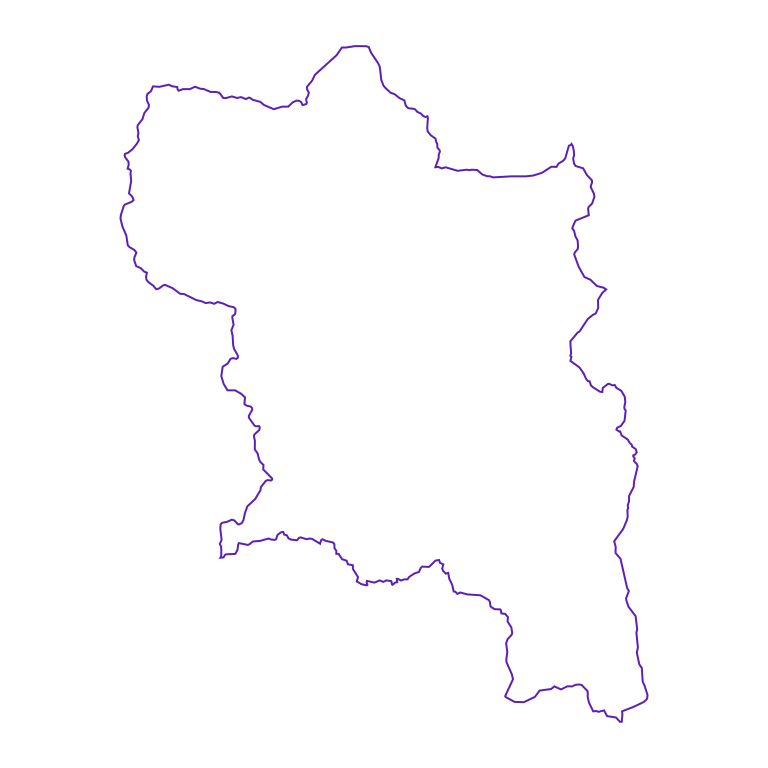 outline of Quilanga, Loja, Ecuador
{"feature_id": "8360857B88871237564279", "entity_name": "Quilanga", "entity_type": "district", "adm_level": 2, "iso_a3": "ECU", "parent_name": "Ecuador", "parent_adm1": "Loja", "projection": "albers", "projection_center": [-79.384, -4.352], "detail": "fine", "context": "isolated", "style": "outline", "palette": "violet", "viewbox_px": 768, "rotation_deg": 0, "n_neighbors": 0, "source": "geoboundaries", "source_scale": "gbopen_adm2", "svg_char_len": 6078}
<svg xmlns="http://www.w3.org/2000/svg" viewBox="0 0 768 768"><path d="M220.4,557.7L223.5,557.4L225.2,554.7L226.2,554.3L235.3,553.9L237.5,549.8L238.2,544.5L238.9,543.1L247.7,544.9L249.1,544.5L252.9,541.5L260.1,540.9L268.7,538.5L270.6,539.4L274.6,539.9L276.1,539.2L277.5,534.9L280.7,532.5L282.6,531.9L283.3,532.0L284.2,534.6L286.9,535.3L288.5,538.4L291.1,539.6L297.0,540.3L299.1,537.8L300.6,537.4L306.6,539.2L309.6,538.5L312.1,538.9L320.1,543.7L321.0,540.4L322.4,539.2L325.6,540.8L333.0,542.5L334.3,543.9L334.5,548.1L336.3,550.8L336.3,553.8L338.6,553.9L342.1,559.2L346.6,560.7L348.0,564.3L352.9,565.3L352.9,568.9L358.0,577.0L356.8,581.4L361.3,584.1L366.7,585.4L367.4,584.9L366.6,582.6L366.9,580.9L374.4,582.6L379.8,580.4L383.2,581.9L386.4,580.4L391.3,581.1L392.0,584.5L392.7,584.8L394.8,582.7L397.2,582.2L396.8,578.9L397.8,578.8L401.0,580.5L404.1,579.4L407.6,579.3L408.9,577.2L411.2,575.5L414.8,573.3L418.9,572.0L420.7,568.0L422.3,566.6L429.0,566.9L435.5,560.6L439.1,560.0L440.0,562.8L443.3,564.4L442.2,568.6L443.0,570.8L445.8,573.6L448.2,572.9L449.3,578.9L452.2,584.8L453.7,591.5L455.3,591.7L457.3,593.9L460.2,592.5L467.3,594.4L480.4,595.3L488.9,600.1L490.0,602.2L490.4,606.0L491.5,607.2L494.7,609.2L500.2,609.4L500.9,610.3L501.4,613.4L505.2,613.9L508.0,617.2L507.5,621.5L511.3,627.3L512.2,632.8L511.6,634.9L507.7,639.0L506.1,643.2L507.3,652.0L506.3,659.5L506.5,662.2L511.8,674.2L513.0,679.2L505.2,696.1L505.6,697.0L514.6,701.9L523.8,702.2L534.9,696.9L539.6,690.6L551.2,689.0L554.3,686.4L561.0,689.4L567.4,686.3L572.4,686.4L575.3,684.8L579.5,684.5L581.7,685.0L587.7,691.3L587.7,697.1L589.0,702.7L593.2,711.3L596.4,711.1L598.6,711.8L604.0,710.4L607.1,716.1L616.0,717.5L620.1,721.9L621.8,721.7L622.4,714.2L622.1,711.3L633.2,707.0L643.8,702.0L646.5,699.5L647.2,698.3L647.5,694.9L644.5,685.5L642.7,681.7L641.8,668.0L639.3,664.3L636.8,652.5L637.9,647.7L636.4,632.7L637.2,629.2L635.6,616.1L628.6,606.9L626.4,600.6L626.1,598.3L628.9,591.0L627.2,588.2L620.5,558.8L615.5,552.9L615.7,546.9L614.2,541.2L623.1,529.1L627.0,519.9L627.7,516.3L627.4,510.2L628.2,507.8L627.7,505.5L629.0,501.4L629.1,495.9L633.7,486.9L634.1,481.4L637.7,466.2L636.7,464.0L633.9,461.0L634.7,458.4L633.2,456.2L633.3,455.3L635.2,454.5L636.7,452.4L635.7,449.1L632.1,446.6L631.7,444.7L629.7,442.9L627.9,439.7L621.6,435.4L620.1,431.4L619.1,431.5L616.4,429.6L617.2,427.7L620.9,425.9L624.5,420.8L625.7,410.6L624.5,408.7L624.3,407.0L625.3,401.9L624.7,396.6L621.3,390.8L616.4,387.9L614.8,385.1L612.3,385.3L609.1,383.8L607.9,384.0L602.8,387.9L602.3,392.0L600.0,391.7L592.6,387.0L590.9,385.3L589.6,381.3L588.0,381.2L586.2,379.1L583.6,373.4L579.4,367.4L570.4,360.9L571.4,356.9L570.4,355.9L571.1,353.4L570.3,341.4L577.6,332.6L579.6,331.4L587.6,319.2L592.8,314.9L595.7,313.5L598.2,308.0L598.0,299.9L602.2,293.0L606.2,289.4L603.6,287.7L596.9,286.0L590.4,279.7L584.5,277.1L578.8,267.0L574.2,254.5L574.7,252.6L577.8,248.9L578.0,245.7L577.6,240.4L575.4,236.4L574.1,230.9L572.3,228.4L573.0,226.1L575.5,220.6L588.8,215.2L588.1,208.8L588.5,207.2L592.1,203.5L594.4,197.0L593.9,193.6L590.8,187.3L590.8,185.7L592.1,182.5L591.9,180.3L587.1,175.3L583.1,168.3L575.6,166.0L574.0,163.6L573.2,158.5L574.1,155.1L573.9,151.4L572.9,146.3L571.5,144.0L570.9,145.0L568.9,145.7L565.2,158.4L563.1,160.8L558.5,163.6L556.5,166.9L551.4,166.7L541.8,172.9L532.9,175.6L526.3,176.3L511.9,176.3L493.2,177.4L490.1,176.3L487.1,176.2L482.2,174.4L477.2,170.0L471.5,169.7L469.8,170.2L466.8,169.7L457.6,170.8L445.6,167.3L441.7,168.4L438.2,166.9L435.4,167.2L438.6,158.3L438.8,154.4L439.9,151.6L439.6,150.2L437.4,147.7L437.3,143.9L436.2,141.9L435.5,138.6L430.8,135.3L427.7,131.5L427.2,128.0L427.9,118.1L427.4,116.3L425.5,117.0L423.5,116.2L420.8,113.5L417.2,111.8L415.3,109.5L413.7,108.8L408.2,108.2L405.8,105.7L404.4,100.4L399.5,98.1L394.5,94.1L390.4,92.6L385.0,87.5L383.4,85.5L381.3,80.0L379.8,66.8L378.1,63.2L371.0,52.6L368.7,47.0L366.0,46.2L355.0,46.1L346.2,47.5L341.9,47.5L336.7,55.1L314.9,74.8L312.2,80.5L306.8,87.1L307.2,89.6L308.8,92.6L308.1,95.6L306.1,99.0L306.8,103.0L306.2,104.1L302.6,105.1L301.1,102.0L299.2,100.9L296.6,100.6L292.8,102.3L288.2,106.6L282.0,106.7L273.8,109.2L264.0,105.0L260.4,101.9L252.7,99.8L250.1,97.9L248.8,97.6L245.9,99.1L241.0,97.1L237.0,98.0L232.0,96.4L225.8,98.1L223.3,98.0L219.4,92.8L216.1,92.0L210.5,91.9L203.7,89.0L200.1,88.7L195.1,86.7L189.9,89.1L183.1,89.1L178.7,90.7L177.6,89.3L177.2,87.0L172.2,86.3L168.9,84.7L159.4,86.8L153.0,86.4L151.0,91.1L147.4,94.0L146.7,96.4L147.0,100.6L148.9,104.8L148.7,107.5L144.3,113.1L142.5,119.0L137.7,125.3L137.4,127.3L138.4,132.7L137.8,136.3L138.9,140.1L136.9,143.7L132.3,149.4L128.3,152.6L124.9,154.0L124.6,155.1L125.2,157.4L128.5,161.7L128.7,164.8L127.6,168.7L129.5,169.3L130.9,170.8L130.5,173.5L131.2,180.8L129.0,193.4L132.2,196.6L133.6,200.0L131.8,201.7L124.9,204.6L123.8,205.9L120.9,214.9L120.5,218.6L122.4,226.5L126.3,235.5L127.8,245.3L129.5,247.1L134.4,250.0L136.4,252.7L134.5,257.1L134.1,259.8L136.2,266.1L140.7,268.1L144.3,271.7L146.9,272.7L146.1,276.7L146.4,279.6L148.6,282.3L153.3,285.7L156.2,289.2L159.0,288.5L163.3,285.3L165.1,284.9L172.5,288.1L180.2,293.8L184.0,294.0L196.1,300.0L201.9,301.4L205.7,303.1L209.9,302.4L214.2,303.8L217.6,302.0L223.3,303.6L228.6,306.1L233.8,307.2L235.0,308.4L235.6,309.4L235.3,313.1L234.8,314.5L232.5,316.0L232.3,317.8L233.6,324.7L231.4,330.2L232.6,335.7L233.2,345.4L234.1,348.9L237.8,355.5L237.9,357.7L236.4,358.9L233.1,358.1L230.5,358.8L227.8,363.5L222.7,366.7L221.3,376.1L223.7,384.0L227.5,390.3L235.0,390.3L241.2,393.8L245.0,397.4L244.4,404.1L246.7,405.7L250.8,406.6L252.1,408.1L252.2,409.9L248.8,415.9L249.0,417.9L254.5,425.6L256.0,426.3L259.0,426.1L259.8,427.5L259.2,430.1L254.6,434.3L253.9,435.9L254.9,440.9L254.8,449.4L257.6,453.5L259.2,459.8L260.5,462.1L263.5,465.0L263.2,469.4L272.2,478.6L272.1,479.7L271.0,480.5L267.5,480.1L265.7,481.0L260.8,487.2L260.5,490.1L255.2,499.0L247.4,506.3L245.1,512.5L243.5,519.8L241.9,523.0L238.9,524.5L237.8,524.2L234.2,520.3L231.8,519.7L226.9,521.9L222.2,522.8L220.7,524.1L220.3,528.9L221.6,539.8L219.8,544.0L221.1,546.5L221.3,550.3L221.2,556.4L220.4,557.7Z" fill="none" stroke="#5b21b6" stroke-width="2"/></svg>